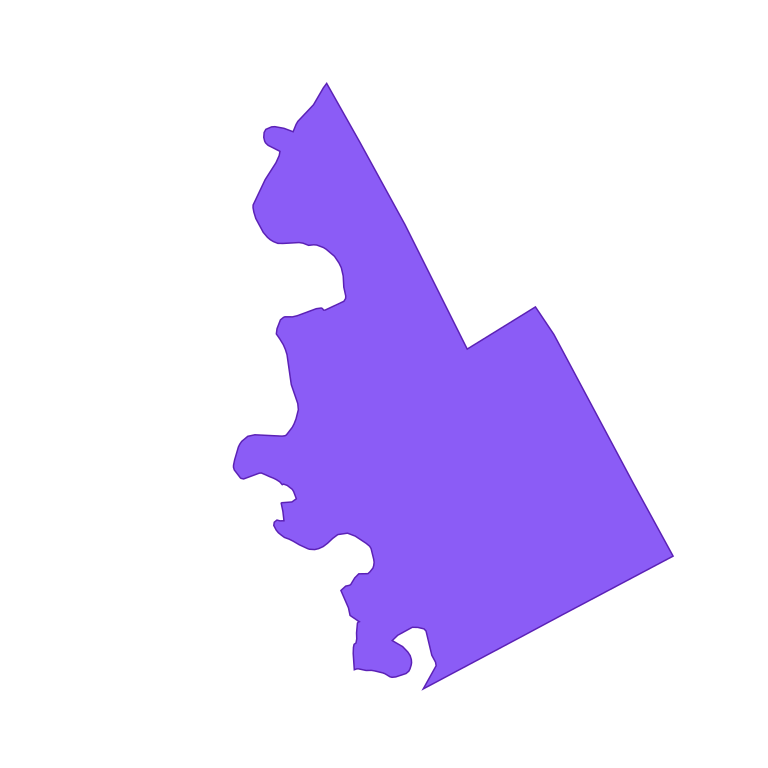 Crittenden, Arkansas, United States of America, rotated 151°
{"feature_id": "52423323B83994293092269", "entity_name": "Crittenden", "entity_type": "district", "adm_level": 2, "iso_a3": "USA", "parent_name": "United States of America", "parent_adm1": "Arkansas", "projection": "mercator", "projection_center": [-90.188, 35.137], "detail": "fine", "context": "isolated", "style": "filled", "palette": "violet", "viewbox_px": 768, "rotation_deg": 151, "n_neighbors": 0, "source": "geoboundaries", "source_scale": "gbopen_adm2", "svg_char_len": 2435}
<svg xmlns="http://www.w3.org/2000/svg" viewBox="0 0 768 768"><g transform="rotate(151 384 384)"><path d="M214.2,378.0L294.3,374.2L288.4,513.3L287.9,607.0L288.4,674.7L293.3,672.5L310.3,662.4L332.0,655.5L335.0,653.7L341.2,648.7L347.5,656.1L354.7,662.0L357.7,663.4L363.9,664.0L366.9,662.1L369.6,658.0L370.6,654.4L370.7,652.4L369.8,649.3L369.3,648.4L362.2,637.9L364.9,634.6L371.2,629.9L388.8,620.4L411.7,604.0L413.1,601.6L414.5,597.4L415.9,590.9L416.1,575.1L414.8,568.7L413.5,565.3L411.7,562.2L408.7,558.5L404.2,555.9L389.7,548.9L386.6,546.5L382.7,541.8L378.1,539.9L375.5,538.2L370.8,532.7L369.3,530.0L365.4,519.7L364.7,511.5L365.0,506.3L367.3,498.3L372.2,488.2L374.8,479.5L376.1,477.4L377.0,476.9L379.0,475.8L399.8,477.2L401.0,477.9L401.3,479.9L402.1,480.9L406.7,482.7L426.9,485.8L431.5,487.1L438.1,490.8L439.6,491.0L443.5,490.3L450.7,484.3L453.9,480.0L453.3,474.0L453.0,467.2L453.5,462.1L454.6,456.7L465.4,428.4L468.9,408.7L471.4,403.0L471.8,402.6L477.9,396.1L482.0,392.7L485.2,390.6L494.0,386.8L495.5,386.7L498.4,387.8L521.6,402.2L528.5,404.3L536.3,402.8L539.3,401.3L541.9,399.5L551.4,390.1L555.0,385.9L556.0,384.2L556.6,381.4L555.1,371.4L554.7,370.7L552.8,369.0L536.4,366.5L534.4,365.6L531.6,362.0L529.1,358.6L526.4,355.3L524.6,352.7L522.6,349.0L521.8,345.3L520.3,345.1L517.8,342.2L515.3,336.3L515.2,333.7L516.3,326.1L521.8,325.5L530.9,329.7L531.7,329.6L534.2,321.6L537.8,312.9L541.3,314.7L543.6,316.9L547.0,316.3L549.0,313.7L549.1,308.4L548.5,305.1L547.0,301.4L545.5,298.1L542.2,294.3L539.6,290.5L536.0,284.4L530.5,276.9L529.3,275.6L524.9,272.8L521.0,271.7L516.0,271.3L510.5,272.1L503.8,273.8L497.4,274.7L488.2,271.2L482.9,264.9L476.9,253.4L475.2,249.1L475.1,246.3L478.0,235.6L479.1,232.8L481.1,230.1L482.9,228.4L487.2,226.6L490.0,225.9L498.1,230.2L503.6,228.6L510.4,224.7L511.8,224.7L515.5,225.8L521.8,224.3L523.6,205.5L525.9,198.0L520.9,188.1L522.0,188.3L523.2,187.7L528.7,179.6L531.4,174.3L534.0,171.1L536.4,170.8L538.4,168.5L541.6,163.2L548.5,148.5L546.1,148.1L544.6,147.4L538.5,142.1L533.9,139.7L531.5,137.8L525.1,131.9L523.6,130.1L520.7,125.0L519.2,123.6L515.7,122.1L505.1,120.1L501.5,120.8L499.3,122.3L496.4,125.1L495.0,126.9L493.7,129.7L492.8,133.8L493.1,138.0L495.0,145.2L501.2,155.6L493.8,157.6L477.2,157.5L472.4,154.7L467.7,150.4L467.0,147.5L473.7,123.6L473.8,115.7L475.0,112.3L497.5,98.3L382.9,96.3L340.8,95.7L214.6,93.3L214.1,177.4L211.4,345.0L214.2,378.0Z" fill="#8b5cf6" stroke="#5b21b6" stroke-width="1.5"/></g></svg>